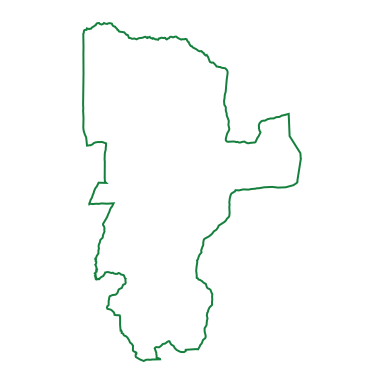 outline of Chunya, Mbeya, United Republic of Tanzania
{"feature_id": "72390352B92011686492741", "entity_name": "Chunya", "entity_type": "district", "adm_level": 2, "iso_a3": "TZA", "parent_name": "United Republic of Tanzania", "parent_adm1": "Mbeya", "projection": "robinson", "projection_center": [33.407, -7.806], "detail": "fine", "context": "isolated", "style": "outline", "palette": "green", "viewbox_px": 384, "rotation_deg": 0, "n_neighbors": 0, "source": "geoboundaries", "source_scale": "gbopen_adm2", "svg_char_len": 5901}
<svg xmlns="http://www.w3.org/2000/svg" viewBox="0 0 384 384"><path d="M288.7,113.9L283.4,115.3L282.0,115.5L279.5,116.9L276.1,117.2L273.8,118.4L270.4,118.5L267.5,119.2L265.1,120.6L262.9,120.7L261.7,121.1L260.9,121.7L259.6,123.2L258.8,125.4L259.0,127.4L258.9,128.4L259.7,131.1L260.3,131.8L260.5,132.4L258.4,136.7L257.7,137.3L255.4,142.2L254.6,142.5L250.9,142.8L248.0,143.3L246.3,142.7L244.5,141.6L242.6,141.8L240.3,142.5L239.0,142.5L237.5,141.9L236.2,142.1L234.8,141.6L232.5,141.5L228.2,141.8L226.6,141.4L225.8,140.1L225.8,139.2L226.1,137.4L227.2,133.5L229.1,130.1L229.3,128.8L228.4,124.8L228.8,121.3L228.6,120.3L226.7,115.4L226.7,113.6L225.8,110.6L225.8,107.5L225.6,106.7L224.4,105.0L224.1,102.0L224.1,100.6L224.5,98.5L224.8,94.8L225.7,91.7L226.7,79.7L227.6,73.3L227.6,71.9L227.1,70.3L225.5,68.5L224.9,68.2L221.8,67.8L220.2,67.0L218.9,67.0L217.6,66.5L216.6,66.5L215.1,64.5L213.3,62.7L212.9,62.5L211.7,62.7L209.9,61.9L207.8,56.4L206.9,55.6L206.7,55.0L205.9,55.5L204.5,54.5L204.5,54.2L203.9,53.7L203.6,52.8L202.4,52.4L202.2,51.8L201.4,51.1L199.6,51.3L198.4,50.8L196.4,49.3L192.6,47.3L192.0,46.3L190.7,46.0L189.2,43.7L189.1,42.9L188.7,42.2L188.0,41.8L186.9,40.1L186.6,39.2L185.5,38.9L184.1,39.3L182.3,39.2L181.2,39.6L177.7,37.9L176.4,36.7L175.1,36.6L173.0,37.4L171.6,36.8L170.5,36.8L169.7,37.2L169.0,38.2L168.0,38.5L166.8,39.4L165.9,38.9L165.3,37.9L164.5,37.8L163.9,38.1L161.3,37.7L159.8,38.4L159.2,38.3L158.0,39.8L156.9,39.4L155.6,39.4L153.0,38.1L152.5,38.7L151.8,38.3L151.1,38.2L150.0,37.5L149.7,36.9L148.6,37.5L147.9,37.2L147.3,38.0L146.8,37.9L146.5,37.5L145.5,36.8L144.3,37.0L142.7,37.7L138.9,38.2L136.5,39.3L134.5,38.5L132.1,38.8L130.1,38.0L129.0,37.9L127.9,35.2L127.4,34.8L126.8,34.9L126.1,34.5L124.2,32.3L119.4,31.6L118.8,31.3L118.3,30.1L117.4,29.8L117.1,28.9L115.1,27.0L115.1,26.7L113.3,26.1L112.4,25.0L111.9,23.7L110.3,23.2L108.3,23.3L107.3,23.9L105.4,23.7L104.0,23.0L102.8,24.1L101.5,24.5L99.6,23.8L99.1,23.0L97.0,23.3L96.3,24.0L95.7,25.2L94.9,25.5L94.3,26.1L92.1,27.4L90.8,28.8L90.1,28.7L89.1,29.1L86.9,28.4L86.5,29.9L85.0,29.9L84.3,30.3L84.0,30.8L83.8,32.7L83.3,33.8L83.3,34.4L83.5,47.2L83.4,53.0L83.5,73.9L83.1,104.9L83.3,108.7L83.1,110.4L83.5,118.0L83.3,127.9L83.7,130.9L84.8,134.4L86.2,137.5L87.0,145.6L90.6,145.2L92.4,144.4L93.8,143.1L95.5,142.4L97.4,142.1L102.2,142.0L106.1,143.4L106.0,146.2L105.7,147.5L105.8,149.1L104.8,153.3L104.6,159.7L104.8,161.7L104.7,178.2L104.9,180.8L105.0,181.7L106.2,182.9L98.6,182.7L97.0,186.1L95.4,188.2L94.1,191.1L93.5,193.4L92.8,194.8L92.0,197.5L90.5,200.1L90.2,201.4L89.2,203.8L89.3,204.2L90.0,203.7L92.6,204.1L96.4,203.7L98.6,203.9L101.5,203.4L107.0,203.7L113.6,203.3L112.0,206.6L111.2,207.4L110.1,209.4L109.2,212.2L108.0,214.6L107.2,216.9L103.0,224.0L103.1,225.2L104.0,226.3L104.5,228.2L104.3,229.7L104.5,231.5L103.0,235.1L102.7,237.6L100.4,239.9L99.6,243.2L98.9,244.3L98.6,246.2L98.9,248.7L98.4,250.5L98.4,253.5L96.7,256.0L96.2,257.6L95.3,258.5L95.3,259.1L95.9,259.2L96.0,259.5L95.6,260.7L95.6,261.0L96.2,261.4L96.3,262.6L95.9,264.0L95.3,264.6L96.4,267.2L96.4,268.6L96.7,268.7L96.6,269.2L97.0,269.6L96.2,270.4L96.7,271.2L96.6,271.7L96.2,271.8L94.9,273.2L95.5,273.5L95.2,275.0L95.6,275.0L95.7,275.9L95.1,276.2L95.4,276.6L95.4,277.1L96.1,277.4L96.2,278.5L95.7,278.9L96.0,279.3L96.3,279.5L97.1,279.4L97.9,278.8L98.5,278.8L98.7,279.2L99.2,279.2L100.7,277.4L103.4,275.9L103.7,275.1L104.3,274.5L105.2,272.5L107.9,272.0L111.5,273.0L112.8,272.7L113.5,273.3L115.5,273.9L117.3,273.9L118.5,273.0L118.9,273.1L119.9,273.5L121.2,274.6L123.4,275.0L124.0,275.6L125.0,278.3L125.6,278.7L125.4,279.0L125.5,281.5L125.7,282.5L125.5,283.4L124.8,284.1L123.2,284.7L121.8,287.9L119.1,289.2L118.6,289.7L117.4,293.0L116.3,294.1L115.5,294.7L112.7,295.0L109.8,296.2L109.2,297.7L109.1,299.3L108.7,300.5L108.6,305.0L108.2,305.6L107.5,306.0L106.9,307.5L107.4,308.8L110.6,309.6L111.6,310.2L113.8,312.3L114.5,314.0L114.5,314.8L116.3,315.2L118.9,315.2L119.8,315.5L120.1,317.8L120.1,325.0L120.6,330.6L121.2,330.5L121.4,330.8L121.8,331.9L121.6,332.9L123.2,333.8L123.7,335.0L124.3,335.6L126.1,336.3L127.6,337.8L129.3,340.6L129.8,342.1L130.4,342.9L131.5,343.6L133.0,345.7L132.9,350.4L133.6,351.3L135.1,351.9L135.5,352.6L136.2,352.5L136.5,353.0L136.4,353.9L135.6,354.9L135.7,356.9L135.3,356.7L139.9,359.4L143.7,361.0L145.8,359.9L147.3,359.6L149.8,359.8L152.5,359.5L160.1,359.3L160.0,358.9L158.2,358.1L157.3,358.0L156.6,357.6L156.6,355.3L156.3,354.1L156.3,352.8L154.7,348.3L155.4,347.5L156.2,347.1L159.1,347.3L161.0,345.9L162.8,344.0L165.3,343.5L167.1,342.0L168.9,341.1L169.5,341.3L170.6,343.6L171.4,344.7L173.6,345.9L174.5,347.7L175.7,349.1L176.7,350.0L179.8,351.6L181.2,352.0L184.0,352.1L185.7,351.0L185.9,350.5L185.8,349.8L196.1,349.1L198.1,349.3L199.8,346.3L200.2,345.1L201.6,343.6L203.1,339.9L205.3,338.1L205.7,336.7L205.6,335.4L204.6,331.4L204.6,328.3L206.3,325.6L206.6,324.6L206.9,320.8L207.5,318.6L206.8,315.2L207.2,313.8L207.2,312.9L208.0,311.7L208.3,310.0L209.6,307.3L211.8,305.2L212.1,304.7L212.0,302.0L212.3,299.5L212.1,296.8L212.3,294.1L211.9,293.6L210.5,289.9L209.5,289.1L207.6,288.2L206.9,287.3L205.8,283.9L203.8,282.8L202.4,281.6L202.0,281.1L199.9,279.9L198.7,279.6L198.2,279.1L197.9,278.4L196.7,277.9L196.7,275.0L196.2,270.8L196.5,267.2L197.3,262.0L197.0,260.5L198.0,259.2L198.5,257.2L199.6,254.6L200.9,253.2L201.5,252.3L201.2,250.4L202.3,247.1L203.1,245.4L203.3,244.6L203.2,243.2L203.7,240.0L204.4,238.9L209.1,236.3L211.9,234.0L213.8,231.4L216.5,229.6L218.1,227.2L218.7,225.6L224.4,222.0L225.9,220.5L226.9,218.8L228.9,216.8L229.3,216.0L229.6,212.8L229.3,207.0L229.6,204.6L229.3,202.5L229.8,198.3L230.5,195.7L230.7,194.8L231.6,193.4L234.9,191.4L235.5,190.2L239.0,190.4L243.2,189.4L248.6,189.6L251.5,189.0L255.4,188.7L257.2,188.2L258.5,188.3L264.1,187.3L272.1,186.9L278.1,187.6L285.6,187.3L293.4,185.2L296.7,183.0L297.3,182.2L297.2,182.0L297.5,181.3L297.4,180.5L300.9,158.4L300.7,158.2L300.4,153.2L289.6,136.1L288.7,113.9Z" fill="none" stroke="#15803d" stroke-width="2"/></svg>